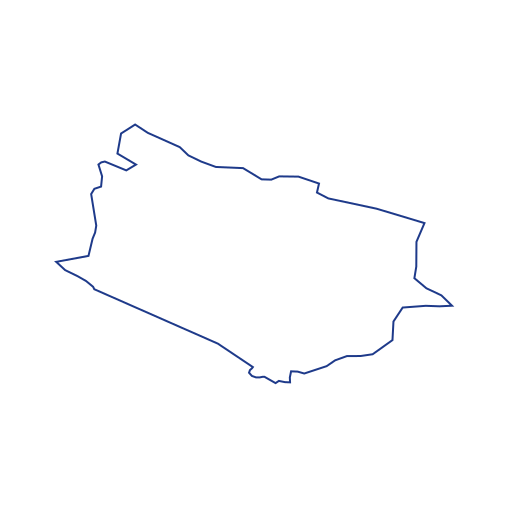 the border of Kaḷutara, rotated 310°
{"feature_id": "LKA-2472", "entity_name": "Kaḷutara", "entity_type": "District", "adm_level": 1, "iso_a3": "LKA", "parent_name": "Sri Lanka", "parent_adm1": "", "projection": "equal_earth", "projection_center": [80.098, 6.573], "detail": "fine", "context": "isolated", "style": "outline", "palette": "blue", "viewbox_px": 512, "rotation_deg": 310, "n_neighbors": 0, "source": "natural_earth", "source_scale": "10m", "svg_char_len": 1055}
<svg xmlns="http://www.w3.org/2000/svg" viewBox="0 0 512 512"><g transform="rotate(310 256 256)"><path d="M171.2,352.7L168.9,340.1L167.8,338.8L165.4,336.9L163.0,334.0L161.5,330.0L162.1,325.7L164.7,324.7L167.5,325.1L168.9,325.0L164.7,286.4L164.4,283.3L153.0,244.2L126.6,153.5L127.5,151.5L127.7,151.0L127.6,141.9L125.9,132.5L122.5,118.9L123.1,106.7L148.4,127.6L164.2,119.7L170.5,117.7L176.6,114.1L197.5,89.9L203.6,89.0L209.6,92.7L218.1,86.9L224.8,76.5L228.3,77.3L231.2,79.5L238.2,101.6L248.9,105.3L245.4,84.0L263.1,73.9L279.0,78.9L280.8,94.0L290.4,127.7L289.6,139.5L293.1,153.3L298.4,168.0L315.0,189.6L318.3,211.0L324.3,218.6L331.9,222.6L344.1,237.5L352.0,257.7L343.8,261.9L346.6,274.4L369.7,317.9L389.5,363.9L370.0,369.8L350.9,385.6L340.8,391.6L340.8,407.3L345.0,423.3L343.9,438.1L335.4,428.9L327.0,418.1L310.8,401.5L294.2,403.4L279.3,414.6L255.7,408.5L246.6,400.4L237.8,390.0L227.0,383.7L217.0,380.9L197.0,368.5L194.2,362.2L190.2,357.0L184.7,360.0L181.1,363.3L178.0,359.3L175.0,353.8L171.2,352.7Z" fill="none" stroke="#1e3a8a" stroke-width="2"/></g></svg>